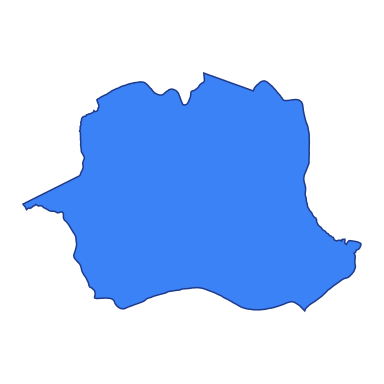 Curralinho, Pará, Brazil (Robinson projection)
{"feature_id": "56859067B52870211786436", "entity_name": "Curralinho", "entity_type": "district", "adm_level": 2, "iso_a3": "BRA", "parent_name": "Brazil", "parent_adm1": "Pará", "projection": "robinson", "projection_center": [-49.994, -1.568], "detail": "fine", "context": "isolated", "style": "filled", "palette": "blue", "viewbox_px": 384, "rotation_deg": 0, "n_neighbors": 0, "source": "geoboundaries", "source_scale": "gbopen_adm2", "svg_char_len": 5292}
<svg xmlns="http://www.w3.org/2000/svg" viewBox="0 0 384 384"><path d="M142.5,301.8L144.8,300.6L145.7,299.6L146.6,298.9L148.1,298.2L151.4,297.2L152.9,296.5L155.7,295.6L160.1,294.4L161.9,293.9L163.2,293.6L165.9,292.9L167.2,292.1L168.7,291.5L176.7,290.3L179.7,290.0L182.1,289.0L189.5,288.4L192.3,287.9L197.4,287.6L199.2,287.8L201.5,288.1L202.8,288.4L206.7,289.7L207.8,290.2L211.7,291.6L215.9,293.3L218.4,294.6L221.1,295.7L222.5,296.7L223.8,297.5L225.4,298.4L228.3,299.7L229.3,300.4L230.9,301.2L233.8,303.0L236.6,304.4L239.4,306.1L241.1,307.0L242.5,307.6L246.0,308.6L247.3,308.9L248.8,309.1L252.2,309.5L253.7,309.8L258.0,309.8L261.0,309.7L262.8,309.5L264.6,309.3L266.1,309.1L268.4,308.5L270.4,308.2L273.4,307.6L278.1,306.2L282.4,304.7L284.0,304.1L285.4,303.4L287.9,302.5L290.4,301.8L291.5,301.7L294.0,302.2L295.3,302.8L299.5,305.5L304.7,310.9L305.2,309.5L305.9,308.3L308.6,305.7L309.7,304.7L312.5,302.8L313.7,302.1L314.9,301.4L316.4,300.2L320.2,297.4L321.7,296.3L326.3,291.9L327.7,290.3L330.5,288.3L331.8,287.2L333.0,286.2L336.4,283.8L337.4,283.1L342.4,279.5L343.9,278.7L348.0,277.5L349.0,276.7L350.0,276.0L351.0,274.8L352.2,273.6L354.0,271.1L355.2,268.0L355.4,266.7L354.8,262.1L355.2,257.1L355.1,255.5L354.0,253.2L355.5,252.5L355.8,251.0L356.8,250.0L357.9,249.5L359.4,248.5L360.3,246.6L360.8,245.2L361.0,243.9L359.9,242.9L357.2,241.8L353.4,241.1L351.7,240.9L350.5,240.7L349.0,240.7L347.5,242.3L346.4,244.5L345.1,243.4L344.7,242.0L345.0,240.5L344.9,239.2L343.4,239.3L342.0,239.5L341.5,241.1L340.2,240.2L338.2,240.3L336.5,241.0L334.2,239.8L333.4,237.5L332.0,237.0L330.8,235.9L329.2,235.4L328.5,234.0L326.6,233.0L325.6,231.7L324.5,230.7L323.1,230.1L322.2,229.1L321.2,227.6L318.6,225.5L317.8,224.3L316.6,221.6L316.6,219.8L315.9,218.1L314.7,217.5L313.6,216.4L312.8,215.4L312.1,213.5L311.3,212.3L309.3,210.0L308.8,208.7L307.7,207.0L307.1,203.3L306.4,201.4L306.3,200.0L306.1,197.7L305.4,196.0L305.1,193.8L305.4,192.1L305.6,189.3L305.6,187.5L304.7,183.7L304.2,182.4L303.8,179.5L303.8,178.0L304.3,175.0L305.0,173.3L306.0,171.0L306.7,169.3L307.1,168.0L307.7,166.8L308.3,165.0L309.0,163.4L309.0,159.9L309.1,157.4L309.1,155.3L309.3,153.2L309.1,151.4L309.2,146.2L309.3,143.8L309.3,140.4L309.2,138.8L309.2,135.6L309.1,133.7L308.8,131.9L308.4,130.5L308.2,128.9L307.7,126.2L306.9,124.0L306.3,122.8L305.3,119.5L305.0,118.1L304.4,115.5L303.9,113.5L303.3,110.1L302.9,106.7L302.5,104.2L301.4,101.9L298.9,100.0L296.6,99.6L295.4,99.5L292.0,99.9L288.4,100.4L285.3,100.6L283.6,100.2L282.7,99.2L282.0,98.1L281.2,97.1L280.2,95.6L277.2,92.2L276.2,90.9L275.1,89.5L273.9,88.4L273.0,87.2L271.8,86.0L270.6,85.0L269.5,84.0L268.2,83.0L267.2,82.1L264.7,80.9L263.1,81.0L262.0,81.3L260.5,82.0L256.7,85.3L254.5,87.8L253.3,90.9L203.8,73.1L204.5,80.9L203.4,82.4L202.1,83.1L201.0,83.8L199.9,84.8L199.0,86.0L198.3,87.3L196.2,89.1L193.9,90.6L192.7,90.8L191.2,91.5L190.9,92.9L190.8,94.6L190.2,97.6L189.6,98.9L189.0,100.5L187.9,102.8L187.1,104.0L185.7,104.7L184.6,105.0L182.9,104.6L181.4,101.3L180.4,98.6L180.0,97.3L178.9,94.7L178.5,93.4L177.6,92.3L176.7,91.2L175.6,90.4L174.1,89.7L172.8,89.2L171.6,89.1L170.2,89.3L168.9,89.8L168.0,90.7L166.6,91.4L164.7,93.0L163.6,94.1L162.4,94.9L161.2,95.0L159.4,95.0L158.0,94.6L156.7,94.0L155.7,93.4L154.5,92.9L152.3,90.4L151.5,89.1L150.4,88.2L149.4,87.2L148.5,86.0L147.5,84.9L145.4,83.1L144.1,82.4L142.3,82.0L139.2,81.9L138.0,82.4L136.6,82.4L135.2,82.6L133.9,82.8L132.7,83.2L130.3,83.6L127.6,84.4L126.3,85.0L122.7,86.0L120.9,86.7L119.5,87.4L118.4,88.1L116.9,88.5L112.7,90.4L111.7,90.9L110.6,91.8L107.8,93.5L106.6,94.4L105.5,94.8L104.3,95.4L101.8,96.6L100.5,97.3L99.6,98.0L97.9,99.0L96.9,99.7L97.2,101.2L97.7,102.4L98.8,105.3L99.0,106.6L98.1,108.0L97.7,110.3L96.3,111.4L95.1,111.6L94.0,110.6L93.5,111.8L92.5,112.7L91.2,113.3L90.1,113.7L88.9,113.9L87.8,114.5L86.5,114.8L85.7,116.2L84.5,116.3L83.3,116.6L82.0,118.0L81.5,119.4L81.4,120.7L80.8,122.1L80.9,125.1L80.2,126.4L80.2,129.6L79.5,131.0L80.3,132.1L80.4,134.2L80.5,135.6L80.5,140.2L80.9,141.4L80.7,143.3L80.6,145.1L80.9,146.6L81.4,151.8L83.0,154.6L84.4,157.4L84.2,158.8L83.0,161.9L82.7,163.7L83.1,165.6L83.1,167.6L82.4,169.8L81.4,171.6L80.6,173.6L79.9,175.6L34.7,198.2L23.0,204.1L23.8,205.3L25.0,206.5L25.8,208.1L26.5,209.7L27.5,208.8L28.6,208.0L30.1,208.3L31.3,207.8L33.3,206.1L34.8,205.5L35.7,204.4L37.2,205.3L38.4,206.0L39.5,205.8L40.7,205.7L42.4,206.2L43.4,207.5L44.6,208.0L47.7,209.7L49.1,210.6L51.0,211.2L52.8,211.3L54.7,211.3L56.3,212.3L57.8,212.9L59.0,212.6L61.3,211.8L63.0,212.6L63.4,214.8L63.4,217.8L64.2,219.8L66.5,221.9L67.7,223.4L69.1,225.4L69.9,226.7L71.3,229.1L72.4,230.9L73.4,232.6L74.2,233.6L75.0,235.1L75.8,237.0L76.1,240.5L76.3,241.8L76.6,244.3L76.4,246.3L75.3,250.5L74.7,252.4L74.0,254.1L73.8,255.8L74.1,257.5L75.1,259.0L76.0,259.9L77.2,261.4L78.9,263.2L79.8,264.2L80.7,266.1L81.2,268.0L81.7,270.2L82.3,272.0L84.1,275.2L85.7,277.3L86.6,279.1L88.1,282.2L88.6,283.7L88.8,285.0L89.6,286.9L90.7,287.5L91.9,288.1L92.9,289.1L93.9,289.9L94.7,291.1L95.2,293.2L95.1,294.6L94.7,296.5L94.5,297.8L95.8,298.4L97.1,298.5L98.3,298.4L100.9,298.3L105.2,298.0L108.6,298.2L110.5,298.5L112.0,299.0L113.8,300.3L115.0,303.3L115.6,304.4L117.0,306.0L118.2,307.1L120.2,308.3L121.5,308.7L124.1,308.8L125.6,308.2L127.5,307.3L129.8,306.4L131.4,305.9L133.6,305.0L135.5,304.3L137.9,303.5L142.5,301.8Z" fill="#3b82f6" stroke="#1e3a8a" stroke-width="1.5"/></svg>